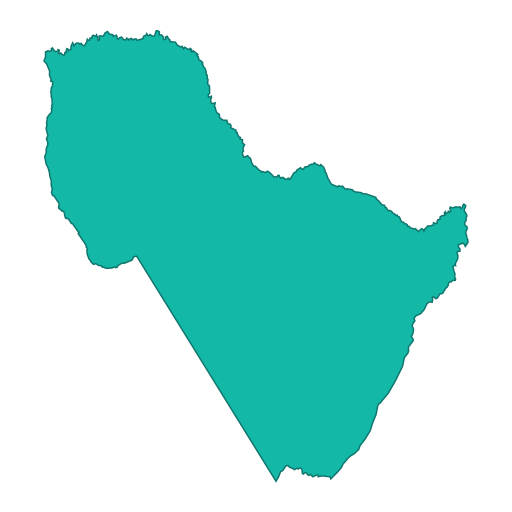 the district of Dom Eliseu, Pará, Brazil
{"feature_id": "56859067B48921877214716", "entity_name": "Dom Eliseu", "entity_type": "district", "adm_level": 2, "iso_a3": "BRA", "parent_name": "Brazil", "parent_adm1": "Pará", "projection": "equal_earth", "projection_center": [-47.874, -4.201], "detail": "fine", "context": "isolated", "style": "filled", "palette": "teal", "viewbox_px": 512, "rotation_deg": 0, "n_neighbors": 0, "source": "geoboundaries", "source_scale": "gbopen_adm2", "svg_char_len": 5844}
<svg xmlns="http://www.w3.org/2000/svg" viewBox="0 0 512 512"><path d="M188.9,49.6L184.5,47.2L183.6,48.9L182.0,46.2L180.8,47.1L177.1,45.0L175.5,42.2L170.1,41.6L169.9,39.9L168.8,39.1L167.2,36.3L165.7,36.8L165.8,38.9L164.7,39.7L163.4,39.1L163.6,37.4L161.7,35.0L159.2,34.9L159.4,31.8L157.5,30.7L156.1,30.9L154.6,35.8L152.3,36.2L150.0,34.5L148.9,35.6L147.6,35.3L146.7,33.7L146.0,35.3L144.4,35.7L143.3,36.9L143.2,38.5L137.1,40.4L136.3,39.0L134.9,38.9L132.3,40.0L131.7,38.5L130.5,38.5L128.9,40.0L128.0,38.8L126.7,38.1L126.0,39.9L123.3,39.7L122.6,38.1L121.4,37.1L119.6,37.7L118.0,39.3L117.1,38.3L117.0,36.6L116.4,35.2L113.3,36.5L112.8,34.7L109.4,34.1L107.6,31.5L105.2,32.8L103.3,36.2L100.0,35.8L98.9,36.4L99.5,38.1L99.4,39.8L98.3,40.5L96.6,34.8L95.6,36.2L93.1,35.2L92.1,36.4L92.0,38.2L90.0,38.1L89.8,39.9L88.6,40.4L87.3,39.2L86.8,41.7L84.6,45.5L83.1,45.7L81.1,43.3L79.8,44.2L78.7,43.1L77.2,43.1L75.9,43.4L74.0,45.9L72.7,42.8L71.2,45.7L70.8,49.4L68.7,50.6L68.2,49.2L66.9,48.7L66.2,50.3L66.4,52.3L64.8,52.5L64.9,54.3L63.9,55.3L62.2,54.5L60.8,53.0L59.7,53.8L58.6,53.5L59.3,50.2L58.1,49.6L57.9,51.2L55.4,51.5L54.2,50.6L52.4,47.9L51.3,48.7L51.5,50.5L49.6,51.4L47.8,50.7L46.9,51.6L45.6,51.7L45.5,57.0L44.0,60.8L46.8,64.3L49.6,71.0L49.5,75.5L51.1,79.3L50.7,81.1L52.6,81.6L52.6,85.4L51.2,88.3L51.2,90.3L50.7,91.8L51.2,93.3L51.3,97.3L52.0,98.5L52.2,104.2L51.6,106.3L52.3,107.6L51.3,108.6L51.9,110.1L50.9,113.3L49.8,113.9L47.1,117.6L47.2,119.8L46.5,123.1L47.0,124.9L46.1,128.4L47.9,135.6L46.4,139.0L47.8,142.4L47.7,145.2L46.8,146.9L46.2,149.2L46.2,152.8L44.7,156.6L46.3,164.4L47.9,167.3L49.4,172.4L49.8,176.0L51.2,180.5L51.3,185.6L52.3,189.1L51.5,192.3L52.5,195.5L53.8,195.6L59.1,203.5L59.1,205.3L58.5,206.7L58.8,208.3L61.0,209.9L61.8,211.1L63.1,211.0L64.1,212.1L65.2,217.4L66.0,218.5L67.3,218.4L68.7,219.3L71.3,223.4L72.7,223.9L78.0,231.5L79.2,232.3L78.2,233.6L84.5,242.8L86.2,245.7L86.3,247.3L87.3,248.2L86.9,250.4L87.3,254.5L89.1,259.2L90.4,260.2L90.7,261.7L92.9,263.9L94.0,264.4L95.0,263.6L96.3,263.9L98.6,265.5L101.4,265.7L102.2,267.2L103.4,267.1L106.0,268.3L111.9,268.0L114.5,266.9L115.8,267.7L117.3,267.1L117.9,265.6L120.1,264.2L122.6,263.0L123.9,263.4L131.3,260.5L132.4,259.7L133.6,256.7L136.7,256.2L276.0,481.3L278.5,477.0L280.5,471.8L282.8,470.5L286.1,465.6L288.0,465.7L289.5,467.2L293.3,468.7L294.3,469.7L296.7,468.3L298.3,469.0L299.4,468.1L301.1,468.3L302.0,469.7L302.4,473.5L303.5,474.1L304.6,472.7L305.9,472.5L307.7,474.7L309.0,475.4L310.2,474.4L312.9,476.8L316.8,474.9L318.1,475.0L318.1,476.7L322.3,475.9L330.1,476.8L330.8,478.9L337.6,472.0L341.4,467.5L343.0,464.1L348.0,458.2L350.8,455.7L353.9,454.0L358.7,449.5L359.9,445.9L365.1,439.1L370.3,430.5L372.4,423.5L376.0,414.6L377.8,405.6L378.7,403.9L379.8,403.4L388.3,393.2L395.3,381.0L402.5,366.4L404.3,357.8L407.9,353.1L408.6,351.0L408.4,347.1L413.2,340.7L413.0,339.0L411.2,336.2L412.3,335.0L413.0,333.0L413.5,329.9L413.1,327.7L412.1,326.1L413.0,323.4L414.9,320.9L414.0,318.5L415.8,315.9L420.7,313.6L424.1,309.7L426.9,303.8L429.1,302.0L432.3,302.1L432.6,299.6L432.3,297.2L433.7,296.8L435.7,298.7L437.5,297.9L439.8,293.9L441.8,293.7L442.9,293.0L445.5,288.5L447.1,287.1L448.1,285.5L448.6,283.1L449.6,282.0L451.2,281.9L452.6,280.4L455.2,280.4L455.6,278.9L454.6,277.1L455.0,273.8L454.1,271.8L452.9,266.6L454.2,265.3L455.6,265.6L455.2,263.9L457.7,258.8L457.9,255.5L457.1,253.6L457.3,252.0L458.5,251.2L459.9,251.3L459.9,248.8L458.7,247.4L458.2,244.8L463.1,243.2L464.5,244.5L465.3,246.4L468.0,242.3L467.7,239.3L466.8,237.9L466.7,236.0L465.8,233.3L466.1,230.9L467.1,229.2L467.1,227.0L464.7,224.7L464.9,222.0L466.2,220.4L466.0,217.6L466.9,216.1L466.5,214.4L464.3,210.9L464.3,209.0L465.3,207.7L465.7,205.5L463.8,204.1L462.8,205.5L462.3,207.6L460.8,208.6L460.0,206.8L458.3,207.2L455.6,206.8L452.9,207.9L450.2,207.1L449.8,208.6L450.8,210.5L449.8,212.1L448.3,211.2L447.9,212.7L446.2,213.7L445.3,211.6L444.4,212.7L444.9,215.2L441.9,215.8L440.1,216.9L440.0,219.3L438.1,219.6L437.1,221.0L437.1,223.2L435.2,223.5L433.5,222.7L433.3,225.1L429.1,226.1L428.0,225.8L424.6,229.3L423.9,231.3L423.2,229.6L421.7,228.6L418.4,231.4L415.3,228.6L414.2,229.0L410.4,227.9L409.3,226.4L407.6,226.4L407.3,224.8L406.0,223.8L404.6,223.8L403.5,222.2L401.6,222.0L399.4,217.0L398.1,216.6L397.1,215.1L395.9,215.6L395.1,214.3L392.6,212.9L391.7,211.5L389.9,210.5L387.9,210.6L386.4,207.7L385.2,207.5L384.6,205.4L381.8,204.7L378.9,201.1L376.3,198.9L375.8,197.3L365.4,193.7L363.7,194.1L361.1,192.6L355.2,191.9L353.5,191.1L352.1,189.6L346.5,188.8L345.2,189.2L342.5,186.1L341.2,186.5L338.5,185.8L337.4,186.8L331.3,184.1L327.9,178.3L326.1,173.0L325.1,172.0L325.0,170.3L323.7,167.3L320.8,164.6L320.0,165.8L316.3,164.3L314.4,162.7L313.2,164.3L311.2,164.2L308.7,165.5L307.8,166.7L305.1,166.8L303.2,169.3L302.0,169.0L300.5,167.7L297.0,170.0L296.2,171.6L293.8,173.0L290.5,178.6L289.4,179.5L288.6,178.2L286.1,179.3L284.6,178.9L283.6,177.6L282.1,177.4L281.1,178.3L279.7,177.2L279.2,175.4L277.8,175.4L277.2,177.0L273.9,176.8L269.4,172.3L267.5,171.2L265.2,172.6L262.7,171.5L261.4,172.2L260.6,170.8L259.0,170.1L255.4,166.2L254.0,166.5L251.5,162.6L250.8,159.3L249.8,157.6L248.4,157.1L247.7,155.7L243.9,157.3L242.4,154.0L242.5,152.2L243.5,151.2L242.9,148.3L244.6,144.6L242.4,143.0L242.5,139.7L240.0,139.1L240.4,137.4L239.1,137.1L237.5,134.2L237.2,132.6L235.9,131.9L235.9,130.2L230.7,127.7L231.0,125.8L230.4,124.3L227.9,123.7L226.8,120.3L223.0,120.2L219.6,117.6L219.3,114.3L217.0,112.9L216.0,110.9L215.2,107.3L214.4,106.1L215.2,102.9L212.0,103.5L210.9,102.7L210.7,98.9L211.5,97.8L211.3,96.2L208.8,97.3L208.1,96.0L208.5,94.4L209.6,93.5L209.5,86.0L207.6,83.9L208.0,79.5L207.0,78.1L207.4,76.4L207.0,74.9L206.0,73.9L206.2,72.1L205.3,68.9L203.6,66.7L203.1,65.2L202.0,64.1L202.8,62.9L201.2,61.0L199.0,60.0L198.2,56.6L196.9,55.5L197.8,54.3L193.1,50.7L192.2,51.9L191.0,51.4L191.4,49.4L190.4,48.4L188.9,49.6Z" fill="#14b8a6" stroke="#0f766e" stroke-width="1.5"/></svg>